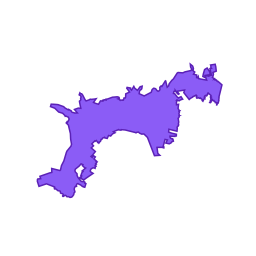 the district of Chiapa de Corzo, Chiapas, Mexico, rotated 72°
{"feature_id": "50627088B40050898832352", "entity_name": "Chiapa de Corzo", "entity_type": "district", "adm_level": 2, "iso_a3": "MEX", "parent_name": "Mexico", "parent_adm1": "Chiapas", "projection": "mercator", "projection_center": [-92.959, 16.601], "detail": "fine", "context": "isolated", "style": "filled", "palette": "violet", "viewbox_px": 256, "rotation_deg": 72, "n_neighbors": 0, "source": "geoboundaries", "source_scale": "gbopen_adm2", "svg_char_len": 5793}
<svg xmlns="http://www.w3.org/2000/svg" viewBox="0 0 256 256"><g transform="rotate(72 128 128)"><path d="M134.0,36.9L131.9,34.9L132.1,34.5L129.9,33.1L129.8,33.3L127.3,32.0L126.9,32.1L116.0,25.3L112.1,27.6L111.7,28.2L111.3,28.1L110.8,28.6L110.7,29.0L109.7,29.3L109.5,29.7L109.4,29.5L109.0,30.1L108.3,30.2L108.5,30.5L107.9,30.5L108.0,31.1L107.7,30.8L106.0,32.1L105.4,31.4L103.3,30.1L101.4,30.0L101.2,26.5L96.9,25.6L94.3,25.4L93.6,30.0L94.3,29.9L96.1,30.5L97.1,30.2L96.8,31.7L103.6,32.3L103.4,34.2L103.7,35.1L103.4,35.9L102.8,36.0L102.3,38.6L101.8,38.6L102.6,33.4L99.9,32.9L95.4,34.2L96.1,37.1L99.6,39.5L102.1,40.9L104.3,38.7L104.0,38.4L106.8,38.4L102.9,45.5L100.8,45.3L101.8,46.3L101.3,47.2L98.8,46.3L97.1,49.1L95.4,47.2L93.2,48.7L92.9,48.1L91.7,47.4L91.2,47.6L90.6,47.3L89.0,47.4L86.5,49.0L89.3,49.6L91.7,49.3L92.8,50.4L92.2,56.5L92.5,58.8L90.7,63.2L90.9,64.2L95.4,69.7L96.2,71.6L98.7,75.2L100.5,76.4L101.3,78.1L95.7,77.7L95.4,77.9L95.1,77.6L94.7,77.9L99.0,83.0L98.2,83.5L99.1,85.2L101.2,85.7L102.1,86.5L102.4,88.0L101.3,88.9L99.4,89.5L98.6,90.3L98.1,91.4L98.9,93.2L101.2,94.9L102.5,102.7L98.8,106.8L96.3,105.5L95.7,104.7L95.7,104.1L95.0,102.8L92.6,101.6L92.5,103.7L95.1,107.4L92.2,109.3L90.2,109.6L93.1,112.9L91.6,113.6L90.8,113.2L89.1,116.3L89.8,116.9L94.3,115.4L94.8,119.6L98.0,120.8L98.6,121.4L98.2,122.5L100.0,123.7L99.7,124.5L99.9,124.6L99.1,126.5L99.3,126.9L97.9,127.6L97.5,128.1L97.6,127.2L96.6,127.1L96.5,127.7L96.0,127.2L95.5,127.7L95.0,128.6L93.9,133.3L94.1,138.4L93.8,140.1L94.6,140.2L93.7,142.0L94.3,142.7L93.9,142.9L93.8,143.6L94.5,143.9L93.7,145.8L96.3,148.7L94.5,151.3L93.0,152.9L90.3,149.3L90.1,151.0L89.4,154.1L88.9,155.1L89.2,156.0L89.3,159.5L87.8,160.1L82.7,160.9L81.1,161.5L80.8,162.4L79.7,162.9L81.4,164.2L82.6,163.2L84.0,163.0L85.1,163.9L86.2,164.0L87.1,164.7L87.4,165.8L87.8,166.0L94.7,166.8L93.7,169.1L93.8,173.2L98.0,171.5L97.3,174.1L96.7,174.7L95.9,176.2L94.8,176.8L94.3,176.6L91.9,178.7L92.3,179.2L89.5,181.7L87.8,182.6L84.1,187.4L83.0,190.0L82.2,192.0L81.6,193.7L83.7,195.1L86.6,191.5L91.4,189.0L93.8,185.6L96.5,184.2L97.5,184.1L97.5,183.3L99.2,181.5L100.7,181.2L101.7,181.5L103.8,183.7L103.2,184.0L104.1,185.2L106.8,183.8L115.5,184.5L120.9,186.0L126.0,186.7L127.7,187.9L131.0,193.1L132.1,194.1L139.5,199.2L143.2,202.9L147.1,205.2L147.4,205.9L142.9,213.1L146.7,214.2L146.5,216.5L146.7,226.7L149.2,226.7L148.6,229.6L148.9,230.0L150.7,230.7L156.0,230.7L155.9,222.8L161.4,216.0L161.7,215.9L162.1,216.6L163.2,216.7L163.6,215.5L166.0,214.0L166.8,212.3L167.4,212.0L168.8,212.3L169.5,211.9L170.1,210.7L170.6,210.3L171.4,210.2L172.4,211.2L172.9,211.1L173.1,210.4L172.5,208.9L172.9,208.0L174.5,207.3L174.9,205.8L176.1,204.6L176.3,203.4L176.1,202.2L174.8,200.5L175.1,200.5L173.1,199.4L172.4,198.2L169.7,198.1L168.5,197.5L167.6,196.6L167.3,195.8L167.6,195.5L167.5,194.9L166.7,195.0L165.5,193.9L165.3,193.3L165.5,192.6L166.6,191.8L167.3,190.8L169.7,189.3L169.9,188.6L170.5,188.3L171.0,187.4L167.9,185.2L167.0,186.2L166.6,186.3L166.2,185.8L164.8,186.9L165.0,187.8L164.3,189.0L159.8,190.8L157.5,191.1L155.8,190.6L153.4,191.7L152.0,191.6L150.8,190.7L149.2,186.4L147.6,183.7L148.9,182.2L149.6,183.0L152.2,181.6L153.0,180.7L154.7,184.9L155.5,184.2L156.4,185.8L158.4,187.3L158.5,187.4L158.8,186.9L159.3,186.8L160.3,189.2L161.5,188.3L161.3,187.8L162.5,187.5L163.7,185.7L163.0,184.1L160.4,175.2L158.4,176.9L157.3,177.3L155.7,176.1L155.1,174.2L155.4,172.6L156.2,171.8L154.8,171.0L154.6,170.4L153.9,171.0L153.4,170.8L153.2,169.9L152.7,169.9L152.8,169.7L152.3,169.6L152.3,169.4L151.8,169.7L150.7,167.8L149.8,168.6L149.6,168.3L146.9,169.9L145.4,168.0L143.5,169.5L145.0,171.1L143.6,172.0L142.8,170.1L140.3,166.3L135.6,169.1L134.3,166.3L131.9,167.3L130.0,163.5L130.5,163.3L130.1,161.9L132.3,161.3L132.1,160.9L133.4,160.4L132.4,159.1L132.2,158.3L130.6,157.2L130.8,156.8L130.6,156.2L129.8,155.4L129.6,153.2L130.2,153.2L131.5,151.0L129.1,148.8L130.1,147.3L129.9,147.1L130.2,146.8L128.8,144.5L128.5,141.8L127.0,143.0L126.6,137.5L126.9,137.5L127.9,135.3L127.5,134.9L129.0,131.3L134.7,122.2L135.1,121.9L134.8,120.8L135.2,119.3L136.7,118.4L138.1,116.8L138.4,115.3L138.8,114.6L143.0,112.4L162.5,111.4L163.8,106.2L161.3,107.5L155.4,106.4L156.9,101.7L158.0,100.1L157.1,99.7L156.6,100.4L150.3,96.3L151.5,94.2L154.0,96.7L155.8,93.7L155.5,91.7L154.7,90.7L154.6,88.9L153.2,88.7L152.7,89.3L152.0,88.9L150.8,90.7L149.4,90.9L148.7,90.6L150.5,86.0L150.2,85.8L150.5,84.5L148.9,83.9L146.5,87.9L144.4,90.6L141.8,89.5L146.2,82.4L143.7,81.3L142.5,81.1L141.7,80.3L141.7,79.7L140.7,78.8L139.8,78.9L138.0,77.9L134.2,77.3L133.8,76.4L132.5,75.5L132.1,75.5L132.1,75.3L131.9,75.6L130.9,75.1L129.9,75.1L128.7,74.1L128.1,74.4L127.6,73.6L127.5,74.0L126.2,74.0L125.0,74.4L121.1,72.6L120.9,74.7L118.7,74.1L117.5,73.2L117.0,73.5L116.9,73.2L116.4,72.8L116.9,72.1L117.2,72.1L118.0,70.9L117.5,69.5L117.5,67.1L114.6,67.9L115.0,70.8L114.0,71.5L109.8,73.0L109.2,74.1L107.4,73.0L107.5,71.8L106.7,71.5L109.3,70.9L111.5,69.8L111.3,68.9L108.2,70.1L109.4,62.4L111.6,64.0L119.8,61.0L119.1,59.5L118.6,56.9L118.2,56.6L118.2,55.2L117.9,54.9L118.1,54.3L117.7,53.1L118.9,52.6L119.4,53.3L120.4,53.5L120.9,53.3L121.1,51.3L121.6,51.1L122.2,50.3L121.9,49.8L124.3,48.4L124.8,49.0L125.7,48.5L124.9,47.7L124.4,47.9L124.3,47.1L123.6,46.4L123.9,45.9L123.4,45.9L123.1,45.5L122.3,45.9L122.0,45.7L122.4,45.6L122.3,45.2L121.5,45.1L121.0,43.7L121.7,43.4L122.0,43.8L121.9,43.4L120.6,41.8L120.1,41.4L119.7,41.5L119.4,41.0L122.7,39.0L123.9,40.0L124.2,39.6L124.0,39.4L124.4,39.1L125.0,40.1L126.7,40.3L127.1,41.0L128.1,41.4L129.0,42.4L129.4,41.7L129.0,41.1L128.8,40.8L128.1,41.0L128.2,40.7L127.9,40.4L127.8,40.8L127.3,40.6L127.0,40.3L127.3,40.1L126.6,39.2L127.1,38.9L127.4,39.1L127.5,38.9L128.2,38.8L128.5,38.5L128.5,37.8L129.6,37.6L129.7,37.2L130.4,37.1L131.0,36.2L131.2,36.5L131.6,35.5L134.0,36.9Z" fill="#8b5cf6" stroke="#5b21b6" stroke-width="1.5"/></g></svg>